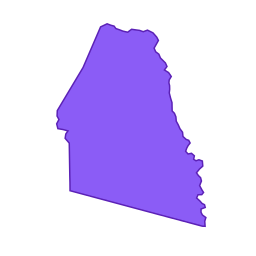 Itatuba, Paraíba, Brazil (orthographic projection), rotated 264°
{"feature_id": "56859067B64331491901098", "entity_name": "Itatuba", "entity_type": "district", "adm_level": 2, "iso_a3": "BRA", "parent_name": "Brazil", "parent_adm1": "Paraíba", "projection": "orthographic", "projection_center": [-35.643, -7.404], "detail": "fine", "context": "isolated", "style": "filled", "palette": "violet", "viewbox_px": 256, "rotation_deg": 264, "n_neighbors": 0, "source": "geoboundaries", "source_scale": "gbopen_adm2", "svg_char_len": 1260}
<svg xmlns="http://www.w3.org/2000/svg" viewBox="0 0 256 256"><g transform="rotate(264 128 128)"><path d="M185.1,173.2L188.8,172.0L194.2,167.6L198.2,166.4L200.9,163.5L204.7,162.3L208.6,165.1L211.9,167.4L215.3,166.1L220.0,162.8L223.3,157.6L222.2,153.2L223.9,149.6L224.7,146.2L225.8,141.9L223.3,137.7L224.9,133.0L226.5,129.9L228.2,126.3L230.8,124.8L232.0,121.7L233.8,118.1L231.4,111.3L192.8,89.6L152.7,59.5L147.3,58.7L143.7,60.2L139.6,57.5L134.7,58.2L133.2,63.4L131.4,68.0L128.5,65.5L124.3,64.4L119.1,68.0L86.3,65.1L80.0,64.6L71.7,63.8L61.5,90.3L42.0,141.0L22.6,191.6L22.2,194.4L27.3,194.6L30.8,196.1L33.7,192.9L36.6,191.8L39.8,192.2L40.9,196.5L43.7,196.1L45.3,193.7L47.9,191.9L51.2,188.9L54.3,190.7L54.0,194.4L56.0,196.4L58.8,195.0L63.2,193.2L67.6,195.5L71.0,195.0L73.4,193.0L76.3,191.4L79.7,194.8L82.3,198.4L87.4,198.5L89.0,195.2L88.3,192.2L90.0,190.0L93.4,191.1L96.2,188.5L95.9,185.0L98.8,182.9L101.8,184.3L104.2,185.9L106.6,188.2L109.4,187.1L110.6,184.6L113.8,181.8L118.1,181.8L121.8,179.6L125.9,178.3L129.7,176.7L134.1,176.8L137.8,175.7L140.3,173.7L144.0,174.0L148.6,174.4L153.1,173.5L158.6,172.7L162.1,173.5L165.8,173.8L168.6,173.4L171.5,174.0L174.7,176.4L178.8,174.2L181.9,170.3L185.1,173.2Z" fill="#8b5cf6" stroke="#5b21b6" stroke-width="1.5"/></g></svg>